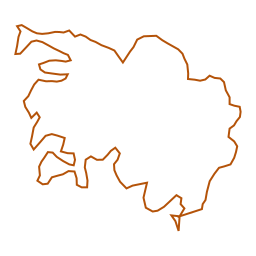 Boa Vista do Buricá, Rio Grande do Sul, Brazil (Natural Earth projection)
{"feature_id": "56859067B45095421643767", "entity_name": "Boa Vista do Buricá", "entity_type": "district", "adm_level": 2, "iso_a3": "BRA", "parent_name": "Brazil", "parent_adm1": "Rio Grande do Sul", "projection": "natural_earth1", "projection_center": [-54.117, -27.681], "detail": "fine", "context": "isolated", "style": "outline", "palette": "amber", "viewbox_px": 256, "rotation_deg": 0, "n_neighbors": 0, "source": "geoboundaries", "source_scale": "gbopen_adm2", "svg_char_len": 2097}
<svg xmlns="http://www.w3.org/2000/svg" viewBox="0 0 256 256"><path d="M179.6,216.3L201.9,209.1L202.7,204.1L205.5,200.0L206.9,191.9L209.7,181.2L214.4,173.8L219.0,167.8L224.2,166.4L230.5,164.4L234.2,157.8L236.0,152.0L237.2,146.3L234.2,141.4L228.5,136.9L229.6,128.6L234.0,125.4L236.5,121.2L239.9,117.0L240.6,111.8L239.7,106.8L234.3,105.7L229.6,104.1L229.6,97.3L225.8,90.3L224.0,82.1L220.3,78.5L214.6,77.9L209.6,75.7L205.3,79.5L200.1,80.7L194.8,79.7L188.0,79.0L188.2,73.5L187.3,64.5L184.4,58.6L182.5,53.7L178.2,49.3L172.5,46.1L167.5,43.3L162.3,40.2L156.3,35.8L143.8,36.3L137.2,39.6L133.5,47.1L130.1,51.5L122.9,62.5L118.8,56.8L114.4,50.5L108.7,47.9L101.5,45.2L95.5,41.9L90.5,40.0L85.7,36.6L80.4,34.5L75.0,36.6L69.2,30.5L63.6,32.5L59.3,32.0L55.1,31.9L48.3,33.3L42.2,33.9L36.9,33.3L32.4,31.4L26.7,28.0L21.7,25.1L17.1,26.2L20.5,31.4L18.5,36.9L17.1,46.0L15.4,54.0L20.2,53.7L26.5,47.0L31.4,41.7L36.5,40.5L42.4,42.1L49.0,45.7L54.0,48.5L59.3,51.0L63.6,53.2L67.9,54.9L70.7,60.3L65.7,61.6L61.3,60.9L55.7,60.3L49.3,60.7L43.1,63.1L39.0,64.4L40.4,69.4L44.9,72.5L52.0,73.5L60.4,74.6L67.7,74.3L65.6,78.5L61.5,80.7L56.8,81.6L51.9,81.1L46.1,81.3L38.5,79.7L34.2,84.5L31.1,90.3L28.3,96.2L23.8,101.0L25.3,106.9L28.9,112.7L31.3,117.9L36.7,112.6L39.7,117.3L37.2,121.9L33.7,127.5L32.0,136.5L30.4,143.8L33.7,149.5L40.4,141.9L45.6,135.8L51.8,134.1L57.4,135.6L64.7,138.0L63.2,144.6L60.9,151.4L67.7,153.2L73.6,153.4L75.0,159.8L73.7,165.3L69.3,164.4L63.2,161.1L56.8,156.9L52.7,152.6L47.9,152.1L44.2,157.8L41.5,161.6L39.1,166.7L39.9,175.4L37.4,180.7L42.7,184.3L47.7,183.7L51.9,177.3L58.3,175.5L62.9,174.3L68.5,171.1L74.5,171.5L76.6,178.2L76.8,184.8L81.6,187.3L87.1,187.3L87.5,180.6L86.2,173.0L84.8,167.4L85.7,159.7L90.9,156.4L96.9,159.8L102.8,159.7L107.6,154.8L110.8,150.9L115.3,147.7L119.8,153.4L117.6,159.7L114.0,164.2L114.4,170.2L116.6,175.4L120.1,181.8L126.5,188.4L132.6,185.6L147.0,182.7L143.5,197.7L145.8,207.7L152.7,211.5L157.6,210.7L164.0,206.8L176.4,195.2L181.4,198.2L180.6,204.1L184.4,208.4L179.6,216.3ZM179.6,216.3L171.4,215.4L175.4,221.1L178.6,230.9L179.6,216.3Z" fill="none" stroke="#b45309" stroke-width="2"/></svg>